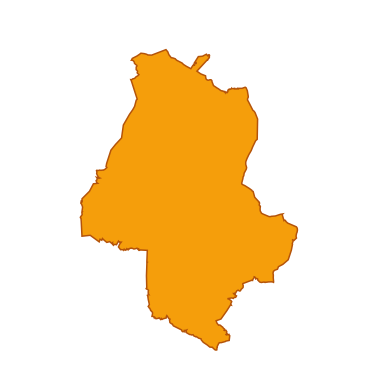 the district of Zitácuaro, Michoacán, Mexico, rotated 299°
{"feature_id": "50627088B99906362708440", "entity_name": "Zitácuaro", "entity_type": "district", "adm_level": 2, "iso_a3": "MEX", "parent_name": "Mexico", "parent_adm1": "Michoacán", "projection": "robinson", "projection_center": [-100.356, 19.436], "detail": "fine", "context": "isolated", "style": "filled", "palette": "amber", "viewbox_px": 384, "rotation_deg": 299, "n_neighbors": 0, "source": "geoboundaries", "source_scale": "gbopen_adm2", "svg_char_len": 5972}
<svg xmlns="http://www.w3.org/2000/svg" viewBox="0 0 384 384"><g transform="rotate(299 192 192)"><path d="M269.7,223.5L287.6,214.0L291.9,208.8L292.7,207.3L293.0,205.6L298.7,197.1L299.2,196.1L300.4,195.4L302.3,195.2L303.1,194.7L307.4,191.3L309.4,188.7L309.4,187.7L307.0,185.6L304.8,181.7L305.0,182.8L304.6,182.6L304.5,181.6L304.8,181.6L304.7,181.4L304.0,181.4L302.8,179.2L303.3,179.0L303.1,178.6L302.7,178.4L301.8,176.8L301.9,176.5L301.6,176.6L301.4,176.4L300.5,175.5L300.4,175.6L299.9,175.2L300.1,174.9L299.6,174.6L299.6,174.4L298.8,174.1L297.8,174.3L297.7,174.5L297.1,174.7L295.8,174.5L295.6,173.8L295.8,173.6L295.6,173.5L295.7,172.3L296.1,171.7L295.2,172.4L295.6,171.3L296.1,171.0L295.3,171.2L295.3,169.9L295.1,169.8L294.7,168.1L295.1,165.0L295.1,163.7L295.5,159.2L298.1,156.1L299.1,155.3L299.4,154.3L298.9,153.3L297.5,151.9L297.4,150.3L297.9,149.2L300.2,147.5L299.6,142.9L299.6,141.5L300.1,137.7L314.9,141.3L314.9,141.7L316.6,141.7L317.8,142.0L317.9,141.7L319.7,141.3L320.3,140.7L320.2,140.2L319.9,140.0L319.2,139.7L319.1,140.1L318.7,139.7L319.5,137.8L315.8,135.3L313.5,131.9L306.5,131.5L307.2,132.8L306.4,133.3L304.4,131.5L304.0,131.8L303.8,132.4L303.0,131.4L299.3,131.2L299.2,126.3L299.4,122.8L300.0,120.8L299.8,114.6L300.4,112.7L300.0,110.4L299.4,108.7L300.9,105.2L302.9,102.8L303.9,100.2L292.1,90.3L290.4,86.8L290.5,85.7L289.9,83.2L288.6,80.0L287.1,79.4L284.2,77.9L279.9,75.0L277.9,75.1L278.1,75.4L278.4,76.7L278.0,78.0L277.6,78.6L276.8,79.1L276.2,80.8L276.1,82.1L275.9,82.5L275.4,82.8L274.7,82.6L274.1,82.7L271.9,83.9L271.7,85.1L271.2,85.9L269.6,86.3L268.9,88.7L267.4,88.3L265.6,87.2L263.8,86.8L263.0,86.2L262.2,85.3L260.9,84.7L260.6,84.0L259.6,85.3L246.6,99.1L245.3,98.7L239.1,100.3L235.3,100.3L229.7,99.7L217.3,99.5L205.1,104.2L196.7,102.1L189.3,100.8L175.6,103.5L172.6,104.5L172.4,105.3L172.1,105.7L169.5,104.8L167.9,103.6L167.7,102.9L166.8,101.9L166.4,100.6L165.7,100.1L164.7,98.1L164.3,98.1L163.5,99.1L161.8,99.7L160.1,102.0L159.4,103.8L159.5,104.6L158.8,103.9L158.5,101.5L157.8,102.7L156.8,102.8L156.3,103.0L155.6,102.6L155.3,102.7L154.1,104.2L153.9,105.3L151.4,101.8L143.0,102.0L132.8,99.1L131.6,99.7L131.2,100.1L130.5,99.4L130.2,99.4L130.1,99.8L130.2,100.5L129.6,100.6L128.6,100.0L128.4,100.1L127.7,101.5L126.2,103.2L125.6,103.7L121.5,105.3L121.6,105.7L120.5,105.7L119.1,106.9L115.8,106.6L115.4,106.9L115.1,107.7L112.7,109.3L100.0,117.2L104.8,124.0L103.4,135.0L106.1,134.5L106.1,136.5L107.9,136.2L107.3,138.3L106.6,141.9L108.7,144.1L108.1,146.8L109.0,147.1L108.1,147.5L107.7,148.0L107.4,149.0L108.3,148.9L108.6,150.4L108.4,150.5L109.0,150.5L109.3,151.5L113.4,151.5L113.1,152.2L113.3,152.7L113.0,152.9L113.8,154.4L111.4,154.0L108.3,154.3L106.9,157.5L107.6,158.6L108.1,160.2L108.0,160.4L109.0,160.4L108.7,161.0L108.8,161.9L109.4,162.0L109.5,162.5L110.8,162.5L110.4,164.1L111.4,164.0L111.5,164.6L112.9,165.2L113.3,166.1L113.6,166.3L113.9,167.5L113.9,168.5L114.1,169.0L115.6,170.7L116.1,171.0L116.4,172.7L115.6,172.7L115.8,173.7L115.3,173.9L115.7,174.6L116.2,174.8L119.3,181.2L108.8,186.5L108.9,187.0L108.2,186.9L96.6,192.8L86.4,198.8L85.3,198.7L85.1,199.1L85.3,200.6L84.7,201.7L83.1,202.2L82.6,202.9L81.8,203.0L81.4,203.8L81.3,203.4L80.5,203.5L80.0,203.1L79.0,204.4L78.7,204.4L76.6,206.0L73.0,209.2L70.6,209.2L70.3,210.2L69.9,210.6L69.8,211.5L68.4,213.2L68.5,213.6L68.1,214.0L67.8,215.3L67.5,215.8L66.6,216.4L63.8,217.3L64.3,218.3L64.0,219.7L63.7,220.0L64.4,220.1L63.7,221.9L65.5,224.1L65.8,224.1L66.1,224.7L65.2,226.3L65.6,226.6L65.9,227.2L66.3,227.0L66.1,227.6L67.3,228.4L69.3,230.5L70.7,229.9L71.7,229.9L70.1,233.2L70.1,234.4L69.1,234.4L67.1,236.0L66.8,238.0L67.0,238.7L65.9,240.6L66.3,249.8L65.6,250.4L65.3,251.5L65.8,251.9L65.9,252.9L67.1,252.5L67.0,253.2L67.8,253.3L68.0,253.7L68.6,254.2L67.9,254.2L67.0,254.8L66.3,254.9L66.2,258.9L66.7,260.1L66.7,260.8L67.7,262.1L67.2,262.8L67.0,263.7L67.1,264.2L67.2,265.6L67.6,265.8L67.4,269.0L68.0,271.0L67.2,271.7L66.0,274.7L65.6,279.6L65.0,282.7L66.1,285.3L65.6,286.3L65.1,288.9L65.8,290.2L66.6,290.0L67.6,289.4L68.2,289.5L68.8,289.0L71.7,288.8L73.4,288.9L74.4,290.6L77.3,293.6L78.1,294.0L80.2,296.5L84.6,294.7L84.8,293.9L85.4,293.4L83.7,291.3L83.8,290.8L85.3,291.2L85.6,290.4L86.6,290.2L87.1,289.5L87.5,288.6L86.7,287.8L86.7,287.1L87.6,287.2L87.9,286.9L88.1,285.5L88.7,284.3L88.8,282.9L89.2,281.6L89.0,280.5L88.4,279.8L89.4,277.4L91.1,275.5L94.9,278.9L104.9,280.0L111.9,280.4L112.1,281.2L112.9,280.1L115.4,279.9L115.6,279.5L115.9,278.7L116.2,276.4L115.9,274.7L118.3,277.7L118.7,278.4L118.9,279.7L120.6,280.2L120.8,281.0L121.4,281.3L122.7,281.3L122.9,278.8L123.3,277.9L123.7,279.0L124.2,278.4L124.7,279.1L127.3,279.1L128.5,279.9L128.4,281.3L128.6,281.8L129.0,282.2L129.5,282.3L130.3,282.1L132.9,282.9L133.4,282.9L134.9,282.2L136.1,281.0L136.6,280.9L144.0,287.2L143.8,287.5L144.0,287.9L145.2,287.6L146.8,287.9L148.0,287.5L148.1,288.0L147.8,289.1L147.5,289.5L146.9,289.9L147.7,290.5L147.9,291.3L147.8,291.6L146.9,292.2L146.5,293.5L146.1,294.8L146.4,296.4L148.2,298.7L148.3,299.8L148.8,300.1L149.3,301.0L150.5,302.6L152.0,305.1L152.4,306.2L152.5,307.1L152.9,307.0L156.3,304.7L158.8,303.4L160.3,302.2L162.0,301.7L162.7,301.9L164.0,302.5L165.9,304.2L168.6,303.8L172.9,306.6L179.4,309.0L189.3,307.1L195.1,305.2L195.5,304.7L198.3,304.2L198.7,303.7L199.0,302.6L199.1,304.7L202.4,305.7L203.8,304.4L206.5,303.5L207.7,303.4L209.8,302.7L211.1,301.8L211.7,301.1L212.1,300.2L211.2,290.8L211.8,288.2L212.4,287.6L212.3,286.6L211.6,286.3L216.0,281.8L216.8,282.0L215.3,280.1L211.4,276.5L209.2,273.2L208.6,272.6L208.1,271.9L207.8,270.9L207.2,265.4L207.1,263.1L208.6,260.8L210.3,259.7L212.5,258.8L212.8,258.5L212.7,258.0L213.2,257.1L215.0,256.5L215.4,255.8L215.6,255.8L215.7,255.1L215.9,255.1L217.8,249.4L222.1,245.2L222.0,244.3L222.5,243.5L222.9,240.5L223.2,234.9L223.0,233.3L223.2,231.6L224.1,231.1L228.4,230.0L229.9,229.4L231.3,229.4L233.7,228.5L238.4,228.4L239.9,227.9L242.2,225.6L244.4,224.4L247.7,223.9L252.1,223.6L257.0,223.7L260.8,223.2L267.7,222.8L269.7,223.5Z" fill="#f59e0b" stroke="#b45309" stroke-width="1.5"/></g></svg>